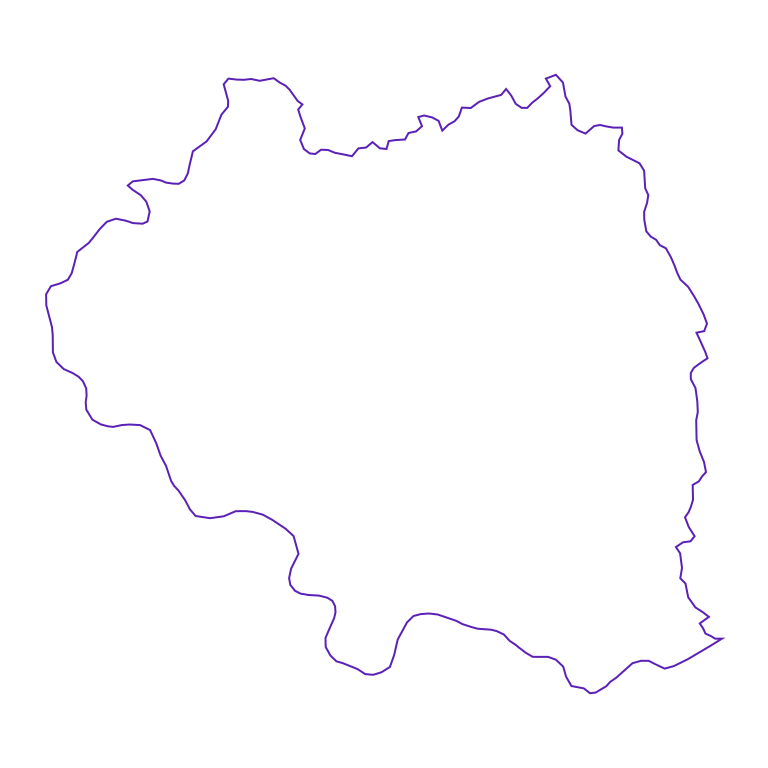 Reserva do Iguaçu, Paraná, Brazil
{"feature_id": "56859067B45945629242811", "entity_name": "Reserva do Iguaçu", "entity_type": "district", "adm_level": 2, "iso_a3": "BRA", "parent_name": "Brazil", "parent_adm1": "Paraná", "projection": "albers", "projection_center": [-51.961, -25.873], "detail": "fine", "context": "isolated", "style": "outline", "palette": "violet", "viewbox_px": 768, "rotation_deg": 0, "n_neighbors": 0, "source": "geoboundaries", "source_scale": "gbopen_adm2", "svg_char_len": 3465}
<svg xmlns="http://www.w3.org/2000/svg" viewBox="0 0 768 768"><path d="M721.9,638.7L715.2,638.7L710.6,635.9L705.5,633.6L703.0,628.2L699.8,623.5L704.5,620.0L708.9,616.9L703.0,612.3L695.4,607.4L688.2,597.3L685.5,583.6L680.3,578.3L682.0,567.9L680.1,553.3L675.9,547.0L683.0,542.3L690.6,541.3L694.6,536.2L688.8,527.1L685.0,517.3L688.6,512.2L690.9,506.8L693.0,499.7L692.7,485.0L698.9,481.3L702.0,476.5L706.0,472.1L704.0,462.0L699.8,451.6L696.6,440.2L696.4,430.5L696.2,420.2L697.8,412.1L697.3,401.4L695.5,388.1L690.8,379.1L690.8,373.0L693.9,367.8L701.7,362.1L707.5,358.3L705.3,352.0L700.2,340.7L696.5,332.7L704.2,331.1L707.0,323.6L703.6,314.4L698.5,304.0L694.2,296.4L688.2,286.9L680.4,279.6L677.3,273.0L674.6,265.8L671.0,257.4L665.9,248.3L659.9,245.2L656.1,239.8L650.8,236.6L646.3,231.3L644.3,219.9L644.1,212.0L647.1,202.8L648.3,195.0L645.2,188.3L644.1,170.6L639.5,163.3L626.4,156.7L618.4,150.4L619.1,139.9L622.4,133.7L621.9,127.6L613.3,127.6L605.7,126.3L600.2,125.0L594.2,126.0L585.5,133.6L577.5,130.2L571.5,124.8L570.4,111.2L569.3,103.6L565.5,96.6L564.4,90.6L563.0,82.6L555.9,74.8L545.9,78.6L550.2,86.2L543.4,93.3L537.6,98.5L532.3,102.6L527.2,107.9L521.7,107.9L515.7,103.8L511.2,95.5L506.1,89.0L501.2,94.9L487.8,98.5L479.0,101.9L470.8,108.0L461.9,107.6L458.8,116.5L454.5,121.3L448.5,124.6L442.3,130.6L438.6,120.9L432.1,117.4L424.1,115.5L418.3,117.1L422.0,126.2L416.1,131.4L408.5,133.0L405.0,139.5L395.1,140.1L388.7,141.1L386.5,149.0L379.9,148.3L372.5,142.1L366.2,147.5L358.4,148.4L352.0,156.2L343.3,154.4L335.0,152.8L328.1,150.0L321.1,149.7L315.3,154.0L309.7,153.4L303.9,149.0L300.2,139.9L304.8,128.4L300.5,116.9L298.2,109.6L302.4,104.4L297.7,101.0L289.5,89.6L285.7,85.8L279.8,82.6L273.7,78.2L259.7,80.8L251.2,79.0L243.9,79.8L236.8,79.6L228.4,78.6L223.7,84.3L228.2,101.0L227.9,106.8L221.4,114.7L215.7,129.2L206.6,141.4L192.9,151.3L189.6,165.0L187.8,173.5L184.2,180.5L178.7,183.8L173.1,183.6L166.0,182.6L161.1,180.5L152.9,178.9L140.4,180.4L132.7,181.4L127.8,185.5L132.4,189.6L140.9,195.3L146.3,201.7L149.7,211.4L147.5,221.5L142.6,223.7L133.0,223.1L125.9,220.7L115.9,218.7L106.8,221.8L99.7,229.1L93.5,237.1L88.9,242.8L77.3,251.9L74.5,263.0L71.7,273.2L67.9,279.7L60.5,283.3L50.9,286.2L46.1,294.3L46.3,305.4L52.0,327.2L52.7,334.8L52.9,352.4L56.4,361.9L63.8,369.1L72.7,373.1L78.7,376.8L82.9,381.2L86.2,388.4L86.6,395.7L85.7,402.1L86.3,409.6L92.4,419.7L100.8,424.4L107.9,426.3L113.1,426.9L121.6,425.1L129.6,424.5L140.1,425.1L150.1,430.1L156.3,443.4L160.6,455.7L166.0,465.8L171.1,480.9L174.2,486.0L178.5,490.6L185.3,500.5L189.9,509.3L195.6,516.0L210.1,518.2L223.7,516.3L235.7,511.2L245.8,511.1L252.7,511.9L262.9,514.7L272.0,519.7L285.4,528.6L293.6,536.1L298.5,553.8L291.1,568.7L289.1,578.2L290.3,584.8L295.0,590.8L300.5,593.6L308.4,595.0L319.0,595.6L327.3,597.7L332.4,600.9L335.1,606.3L335.5,612.3L334.2,618.0L328.6,630.7L325.5,637.9L325.7,647.0L330.4,655.5L336.4,661.3L342.9,663.2L357.6,669.1L365.2,674.1L373.2,674.8L381.4,672.3L389.9,667.0L394.2,654.9L397.7,639.5L407.0,622.4L413.5,616.0L420.7,614.1L428.9,613.5L437.7,614.5L456.2,620.8L462.7,624.2L471.7,627.1L477.5,628.7L491.1,629.7L496.7,631.1L503.9,634.5L509.8,641.0L515.0,644.4L519.5,648.0L525.7,652.7L532.6,656.8L540.7,656.9L548.2,656.9L555.9,659.7L563.2,666.6L566.1,676.7L571.4,686.0L583.9,688.4L589.9,693.2L595.6,692.6L606.3,686.2L610.3,681.8L616.5,677.5L632.5,663.2L641.0,660.8L648.7,660.8L654.7,663.9L664.6,668.6L673.8,666.1L687.3,659.5L709.8,646.2L721.9,638.7Z" fill="none" stroke="#5b21b6" stroke-width="2"/></svg>